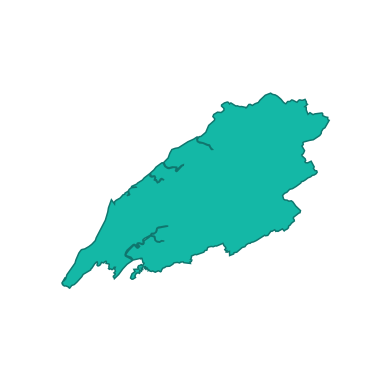 Maungdaw, Rakhine, Myanmar, rotated 70°
{"feature_id": "60261553B63127450973926", "entity_name": "Maungdaw", "entity_type": "district", "adm_level": 2, "iso_a3": "MMR", "parent_name": "Myanmar", "parent_adm1": "Rakhine", "projection": "natural_earth1", "projection_center": [92.495, 20.966], "detail": "fine", "context": "isolated", "style": "filled", "palette": "teal", "viewbox_px": 384, "rotation_deg": 70, "n_neighbors": 0, "source": "geoboundaries", "source_scale": "gbopen_adm2", "svg_char_len": 6087}
<svg xmlns="http://www.w3.org/2000/svg" viewBox="0 0 384 384"><g transform="rotate(70 192 192)"><path d="M246.6,96.4L240.7,99.3L235.9,100.6L234.3,101.6L233.7,104.2L232.2,105.4L231.2,107.5L230.1,108.3L226.3,108.1L224.9,105.5L224.7,102.9L222.9,99.4L223.2,96.4L222.4,92.3L220.8,86.8L219.7,85.6L219.9,83.9L219.4,81.2L218.4,78.3L218.3,75.3L217.5,73.2L217.8,71.4L217.3,69.1L216.2,67.6L214.7,67.6L213.9,69.2L211.3,69.8L210.2,68.6L203.8,69.5L204.2,73.4L203.3,75.2L202.2,75.6L201.3,74.4L199.5,74.3L195.8,76.2L194.7,76.1L194.0,74.3L191.7,72.1L186.4,73.0L185.5,71.2L183.5,70.9L183.2,69.9L183.7,63.9L184.4,60.1L182.6,52.6L181.2,50.6L179.3,49.6L177.5,47.2L177.1,45.1L171.6,38.6L171.0,39.3L169.7,39.5L168.3,38.9L167.2,40.8L164.9,43.1L163.2,42.4L162.2,42.8L160.6,49.8L160.7,51.8L157.8,54.0L158.7,56.4L154.0,56.6L151.6,55.7L151.0,55.8L150.4,56.8L149.1,53.5L148.0,54.2L146.4,53.7L143.6,54.1L143.7,56.4L143.1,58.1L142.3,59.1L142.3,60.3L143.6,62.7L140.1,66.0L139.6,66.9L140.4,69.0L139.7,71.2L141.1,73.4L141.0,74.0L139.2,75.3L135.4,76.6L131.2,78.9L129.2,80.6L127.9,82.8L126.0,84.3L126.1,90.0L128.9,96.6L130.6,99.1L130.6,102.5L131.3,105.8L129.6,107.2L129.2,108.6L131.4,112.0L131.3,112.7L130.8,112.7L128.6,116.2L128.1,118.0L126.5,120.0L126.2,121.4L121.6,125.0L122.1,126.7L120.3,127.1L119.5,128.1L119.4,131.1L120.3,134.4L121.3,134.9L124.4,133.4L126.2,134.1L127.3,137.4L125.7,140.7L126.6,145.1L128.3,146.6L130.9,145.6L132.3,146.4L135.1,153.5L140.6,158.6L142.8,164.4L142.5,166.3L144.0,168.7L145.2,169.2L146.9,168.9L149.7,164.6L152.8,161.2L153.8,159.5L156.7,159.2L159.0,158.2L158.8,159.0L158.1,159.4L154.2,160.1L153.0,162.0L149.9,165.0L148.4,168.1L146.4,169.7L144.1,169.5L142.8,167.9L142.3,167.9L142.0,168.5L142.9,172.4L143.4,178.7L145.8,189.6L145.2,192.9L145.2,196.4L147.9,199.5L151.9,202.8L154.5,208.3L158.5,208.1L160.6,206.6L161.4,205.2L161.7,201.8L163.4,197.9L164.6,198.0L166.4,199.4L163.5,193.0L163.4,190.8L164.0,191.1L164.0,192.3L167.4,198.9L167.4,199.7L166.8,200.1L166.0,200.1L164.6,198.7L163.3,199.1L162.5,201.3L162.1,205.6L161.3,206.9L158.8,208.7L155.3,209.2L154.5,209.6L154.3,210.5L156.3,217.3L158.2,220.2L159.8,224.3L161.6,224.9L163.4,224.7L163.9,222.0L164.5,221.4L166.1,221.4L167.8,222.8L168.3,221.3L171.1,221.0L171.0,219.7L169.0,217.2L168.9,216.4L169.0,215.7L171.2,214.1L169.6,216.4L171.4,219.3L171.5,221.4L169.5,221.7L167.8,223.3L165.7,221.8L165.0,221.8L164.5,222.3L164.2,224.6L163.5,225.5L162.8,226.0L160.4,225.8L162.4,232.1L163.8,234.5L165.0,240.2L165.6,241.1L166.1,246.8L166.5,247.1L166.9,246.5L167.7,245.1L168.1,243.0L168.4,242.9L167.2,247.7L168.0,250.0L168.9,251.2L171.7,251.6L172.8,251.3L173.3,251.8L173.2,254.5L172.6,252.4L170.5,251.9L169.5,252.1L170.1,255.3L171.1,256.0L171.0,257.7L173.1,261.6L173.8,266.0L174.6,268.0L176.7,268.9L171.7,270.4L178.3,275.9L182.0,278.0L188.9,283.1L202.2,297.6L204.6,299.5L206.9,304.1L208.0,307.6L208.8,312.3L208.4,315.2L208.7,316.3L210.7,319.2L216.1,324.3L218.9,326.3L226.9,337.8L230.5,340.5L231.6,342.7L231.2,342.8L229.4,340.3L229.2,340.7L233.0,345.3L234.0,345.4L234.3,344.9L235.0,345.2L236.1,344.6L236.8,343.8L237.1,342.6L239.1,340.5L239.7,340.5L240.5,339.8L238.7,337.0L238.7,334.3L237.4,331.1L233.9,324.5L232.2,322.5L230.6,313.9L229.7,313.2L229.3,312.1L226.3,308.1L225.2,305.9L225.3,305.2L225.9,305.6L226.2,305.1L226.9,305.2L228.1,306.3L229.2,305.8L229.5,304.8L229.0,303.0L227.2,301.1L228.5,299.2L227.8,298.2L227.6,296.5L228.2,296.3L229.7,297.2L231.1,294.8L231.7,294.5L234.0,295.8L235.1,295.8L235.4,296.6L236.4,296.1L236.4,294.7L237.5,293.9L237.7,292.9L236.1,290.8L236.5,289.8L237.8,291.0L240.3,291.0L241.3,293.0L242.5,292.1L243.2,292.4L244.2,294.7L244.9,295.0L245.6,294.5L246.9,294.6L244.5,289.2L240.5,283.2L237.7,277.7L236.1,271.7L234.1,272.2L229.5,276.4L228.2,276.4L226.2,275.0L224.5,273.0L221.4,265.4L221.4,264.3L222.5,263.1L225.2,262.5L225.5,261.3L222.3,261.7L221.4,260.8L221.6,259.2L223.9,256.1L222.7,255.0L220.7,254.8L220.0,254.3L219.3,252.3L218.4,245.9L217.1,244.2L217.9,241.2L216.8,239.3L214.1,237.5L213.6,235.8L215.0,228.1L215.9,226.0L214.1,237.1L216.0,238.0L217.5,239.3L218.4,242.3L217.6,244.3L218.7,245.3L220.0,244.0L220.5,242.7L221.3,242.2L224.7,242.8L226.1,242.1L227.7,239.6L227.3,237.3L228.6,234.8L227.7,237.5L228.1,239.7L226.9,241.9L224.9,243.2L221.7,242.9L220.8,243.2L219.1,246.1L220.0,248.2L221.4,253.8L223.5,254.5L224.5,255.6L224.3,256.9L222.8,258.4L221.8,260.4L222.2,261.1L225.1,259.8L226.0,261.2L226.1,262.3L225.6,262.9L221.9,264.5L225.2,271.5L228.0,275.6L229.5,275.3L232.4,271.7L235.8,270.4L236.8,262.7L237.3,262.9L237.4,261.7L241.6,262.2L242.5,261.4L244.2,263.3L243.9,264.2L243.0,264.2L242.8,264.7L243.2,265.4L243.0,267.1L243.4,268.0L244.5,268.8L245.0,268.3L246.2,268.5L244.8,273.1L247.3,272.8L248.3,276.3L251.4,279.0L251.9,279.2L253.4,278.3L253.7,277.3L253.0,274.3L251.4,274.4L249.4,272.2L249.5,270.3L250.5,269.2L249.7,268.3L248.9,268.6L247.8,267.9L249.1,266.6L248.0,266.1L248.1,265.3L246.6,265.6L247.3,264.5L246.0,264.4L245.7,263.9L246.2,261.3L246.7,261.2L246.9,262.3L247.6,262.5L248.9,261.8L247.9,260.9L248.2,260.1L249.3,260.3L249.7,259.7L250.9,260.1L250.7,259.0L252.0,258.5L252.8,257.2L252.7,256.0L254.8,254.0L254.5,250.6L256.2,248.9L256.1,248.2L254.5,246.8L253.5,245.0L253.7,243.6L253.1,241.9L254.1,238.3L253.3,234.7L252.4,233.0L253.1,229.9L254.5,227.8L254.0,226.9L254.6,224.2L255.6,223.9L258.6,217.9L257.1,217.8L257.1,216.4L255.9,215.4L254.9,216.5L253.8,215.2L252.0,214.4L251.7,210.5L252.5,209.2L252.6,201.5L251.4,199.8L251.8,198.0L249.6,196.3L249.4,195.1L249.7,192.6L250.7,190.8L250.6,188.6L251.2,187.3L250.8,180.5L253.2,180.3L255.6,179.3L256.2,179.7L256.8,179.6L257.3,180.9L258.6,180.5L259.0,179.3L260.1,180.4L260.6,179.3L260.6,177.1L264.6,178.4L264.5,174.1L263.4,173.2L263.9,170.5L261.3,163.8L261.5,161.0L260.1,158.9L259.6,156.5L260.1,154.9L259.6,153.6L259.9,151.2L259.6,148.0L257.5,138.6L258.3,137.8L258.7,135.6L255.8,131.2L256.3,130.3L255.8,127.2L257.7,126.7L257.7,125.6L258.4,124.7L257.6,119.6L260.1,118.7L259.5,117.2L259.5,115.6L258.6,113.6L257.1,112.9L256.6,111.0L255.4,109.3L254.2,105.7L252.8,105.5L251.9,105.9L250.5,105.3L248.4,99.0L248.4,97.6L246.6,96.4Z" fill="#14b8a6" stroke="#0f766e" stroke-width="1.5"/></g></svg>